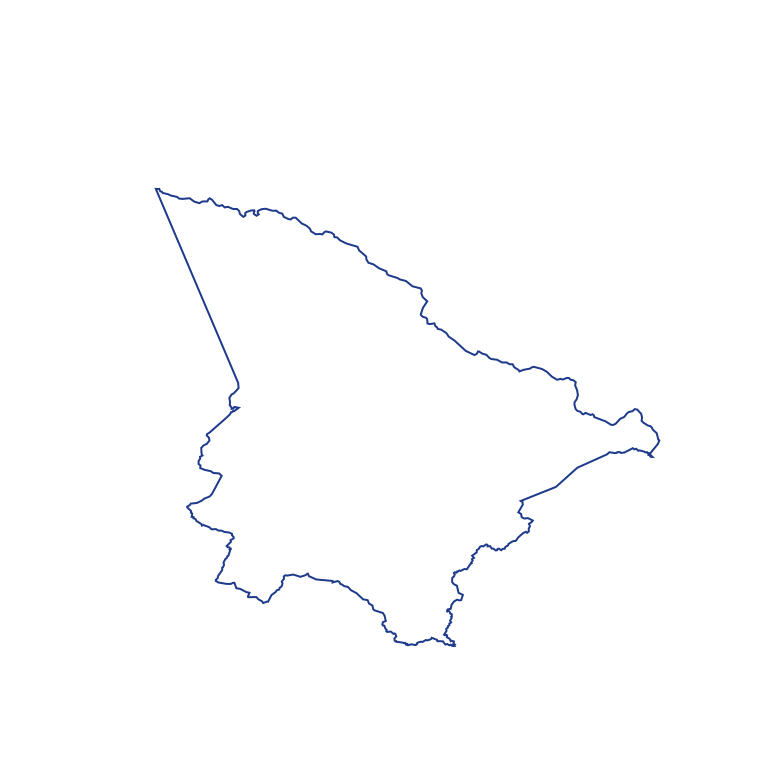 Malema, Nampula, Mozambique, rotated 67°
{"feature_id": "85939544B80247740523844", "entity_name": "Malema", "entity_type": "district", "adm_level": 2, "iso_a3": "MOZ", "parent_name": "Mozambique", "parent_adm1": "Nampula", "projection": "natural_earth1", "projection_center": [37.595, -14.735], "detail": "fine", "context": "isolated", "style": "outline", "palette": "blue", "viewbox_px": 768, "rotation_deg": 67, "n_neighbors": 0, "source": "geoboundaries", "source_scale": "gbopen_adm2", "svg_char_len": 6165}
<svg xmlns="http://www.w3.org/2000/svg" viewBox="0 0 768 768"><g transform="rotate(67 384 384)"><path d="M502.1,613.9L506.5,607.0L508.2,603.1L508.0,600.7L508.5,599.4L514.3,599.7L516.3,596.5L521.7,592.1L523.6,589.4L526.6,592.4L527.2,592.3L530.2,584.8L533.2,583.7L536.2,581.3L538.4,580.8L538.6,576.6L539.1,575.8L534.3,570.0L533.1,564.9L532.0,563.2L532.2,560.7L530.8,559.7L530.4,557.6L529.2,556.3L527.7,555.3L525.9,555.3L524.2,552.2L522.0,551.4L521.5,549.8L522.7,547.4L523.9,542.1L528.8,536.3L529.3,531.5L528.8,528.2L531.6,528.1L537.4,522.8L545.2,508.3L546.6,508.9L547.3,503.6L548.6,502.6L551.2,502.2L552.2,500.9L554.2,499.9L556.9,496.4L560.9,495.0L565.7,491.1L574.0,487.4L576.6,483.5L580.2,483.6L583.3,481.2L587.1,481.9L588.6,481.2L594.4,474.5L597.6,474.0L602.9,475.0L602.8,478.0L604.7,479.5L605.8,479.4L606.6,478.1L609.6,478.3L611.6,477.6L612.4,478.5L613.5,477.9L614.5,474.5L617.7,472.9L617.8,471.6L618.7,471.2L621.1,471.3L622.4,473.9L624.5,474.5L625.8,473.7L625.6,473.1L626.4,472.8L629.9,467.0L630.5,466.8L630.7,465.5L632.1,465.6L632.4,464.1L633.2,463.9L633.3,464.7L633.8,464.2L634.3,460.5L636.7,456.9L636.5,455.5L635.5,455.1L635.3,452.8L635.6,450.7L636.5,449.5L636.0,445.5L636.9,444.4L637.2,442.0L637.1,440.2L636.3,439.2L640.2,435.2L641.6,435.3L643.8,430.4L647.8,429.3L648.0,427.4L650.1,425.9L650.0,424.4L651.8,423.5L652.7,421.3L651.6,421.4L651.4,420.7L650.4,421.8L648.4,420.2L646.6,422.2L646.8,423.0L644.0,423.2L641.6,425.1L640.0,424.1L639.1,424.9L639.0,426.2L638.2,426.7L635.7,422.9L633.8,422.5L633.1,420.3L631.9,419.8L631.5,418.0L630.1,417.5L629.6,415.3L627.7,415.7L625.6,413.0L624.5,413.1L624.3,412.3L622.2,411.6L621.2,412.7L618.8,412.7L617.7,413.6L617.6,414.6L616.5,414.1L617.1,414.1L616.4,413.5L617.0,410.4L613.5,408.0L611.5,404.3L611.1,401.0L612.8,398.9L613.0,397.3L608.9,393.8L605.3,397.0L598.2,395.7L595.6,397.9L593.0,398.7L589.2,397.0L588.4,394.6L586.9,393.3L585.3,393.5L585.0,392.3L586.0,390.8L585.1,389.8L585.5,388.9L585.1,387.4L586.0,386.5L585.7,382.4L586.9,380.1L583.6,375.0L583.2,373.3L582.4,373.5L581.3,371.5L579.6,371.5L579.2,369.1L576.5,370.0L575.2,364.5L573.2,363.5L572.8,361.2L571.4,359.4L571.2,357.6L572.3,356.1L571.6,353.0L571.9,352.1L572.7,351.6L573.9,352.1L574.8,349.6L577.6,349.2L578.4,347.5L580.7,346.4L581.2,344.8L580.3,344.1L580.3,342.7L582.8,341.1L582.1,339.2L582.8,337.3L581.4,335.9L581.0,332.8L579.9,331.9L579.4,329.2L579.1,326.6L579.9,324.1L577.5,320.0L575.7,314.4L575.4,311.2L576.9,310.4L576.3,308.3L573.7,307.3L571.9,305.2L569.3,305.2L568.9,302.3L567.8,300.4L563.6,304.0L562.9,306.9L561.9,308.2L560.4,309.3L557.2,308.6L554.6,310.5L549.3,303.4L546.8,302.6L545.1,303.8L545.9,265.9L536.6,238.7L535.9,206.2L534.9,203.1L538.0,198.1L538.3,196.6L537.9,195.9L539.0,193.3L540.1,192.8L541.0,189.4L540.3,180.0L541.9,179.2L542.2,177.1L544.8,176.0L545.0,174.6L548.0,170.8L549.0,170.3L549.5,168.5L550.4,168.4L550.9,167.5L552.5,168.4L553.4,167.3L555.2,167.0L556.0,165.4L553.1,166.6L551.7,165.7L546.1,155.1L543.4,152.6L542.5,153.2L535.8,152.2L530.8,154.5L528.9,154.4L526.7,155.4L525.7,157.0L521.2,160.2L518.6,161.3L515.8,159.6L512.0,158.9L506.5,160.9L505.1,163.0L506.1,165.9L505.4,169.5L506.0,171.9L508.2,175.8L508.3,180.1L511.2,186.5L511.2,189.1L510.3,190.9L504.9,194.7L496.7,203.3L494.6,203.1L493.4,203.8L493.2,206.0L489.3,209.8L489.8,212.3L489.3,213.0L486.3,214.1L484.4,216.4L482.0,217.4L477.5,216.8L475.4,215.8L473.2,212.5L470.1,209.9L465.3,208.7L460.0,208.6L457.2,206.8L454.5,208.2L452.8,210.7L450.8,211.4L449.9,213.1L449.7,217.7L448.2,219.6L447.8,222.9L443.0,226.5L436.3,229.4L431.9,232.7L426.7,239.4L426.4,241.6L426.9,243.5L425.5,249.8L425.3,254.4L423.6,254.7L419.6,257.5L416.1,257.9L414.9,260.7L412.1,262.7L410.3,266.9L405.8,270.5L403.1,275.2L401.5,276.7L397.2,278.3L394.5,281.6L391.2,283.9L390.8,284.8L392.4,286.7L392.7,289.4L385.5,295.8L371.6,302.1L365.7,305.9L361.5,306.7L356.2,310.2L354.4,312.9L352.7,313.0L350.9,314.1L347.9,313.9L346.7,318.5L345.3,320.3L341.0,318.9L339.4,319.5L337.2,322.1L335.4,322.9L334.4,323.0L329.1,318.4L324.8,311.9L319.1,314.4L315.0,314.2L312.9,312.6L310.3,312.9L305.2,319.6L297.7,323.6L294.0,328.5L291.7,330.2L285.8,337.1L284.2,338.2L281.1,337.9L275.6,343.3L269.8,346.9L266.3,351.0L262.3,351.5L259.7,350.6L251.3,354.7L247.3,354.8L239.8,363.9L234.5,368.4L230.8,369.8L229.4,372.3L227.0,371.7L224.1,373.3L220.9,377.8L220.8,379.2L222.2,382.4L220.9,384.1L219.5,388.3L215.0,391.5L212.1,391.5L208.0,393.5L204.1,397.0L196.4,400.3L195.3,402.9L196.1,405.5L194.8,407.6L191.0,410.9L187.4,411.1L184.9,414.2L182.5,415.2L180.9,419.0L176.4,424.5L175.3,428.2L175.4,432.4L177.0,433.4L178.9,433.0L179.3,435.6L176.7,437.3L175.5,437.0L174.2,435.6L173.4,435.6L172.3,438.7L172.0,443.2L172.5,445.0L174.8,445.8L175.2,448.1L171.5,450.1L168.1,449.8L165.5,450.9L164.0,454.5L160.0,458.3L159.2,461.6L156.1,463.1L155.8,466.1L153.7,468.5L147.2,470.3L145.0,471.9L145.3,473.4L146.9,475.2L145.0,479.9L145.4,483.3L142.1,487.3L137.1,490.3L134.9,497.1L133.3,500.1L130.8,501.5L127.1,506.8L125.1,508.4L121.6,513.1L120.2,513.4L119.2,514.7L116.6,514.7L115.3,517.8L326.1,517.8L331.0,519.5L333.9,526.0L334.1,528.4L336.4,531.8L340.6,532.8L343.2,534.3L346.5,533.4L347.3,534.0L347.8,532.4L346.7,530.8L349.1,527.1L350.4,532.4L349.9,533.4L350.5,534.3L350.2,535.8L351.6,537.4L353.3,541.7L360.6,563.8L361.0,566.6L362.2,567.3L365.0,566.1L367.9,566.8L369.9,570.6L370.0,574.0L371.4,577.2L377.0,579.2L378.9,579.0L379.1,581.8L380.9,582.4L382.5,584.8L385.2,585.9L387.3,584.8L389.6,586.0L392.9,582.7L396.6,577.5L399.2,575.9L401.9,570.7L405.1,569.3L418.0,585.3L419.4,588.4L419.3,594.0L420.2,597.7L420.4,602.8L418.6,608.6L419.6,610.1L420.0,613.1L420.9,613.3L425.6,611.2L427.0,612.0L427.9,611.3L429.3,611.6L431.1,613.0L432.1,611.3L433.2,611.9L434.6,610.3L436.8,610.2L441.6,606.8L443.2,606.9L443.2,605.4L447.5,600.8L450.4,599.5L451.9,595.4L454.2,593.8L455.4,590.9L457.8,588.7L460.4,584.3L462.6,582.5L463.8,583.0L466.1,582.2L467.4,582.8L467.8,586.3L469.5,586.6L471.7,592.2L473.1,591.7L474.0,590.1L475.5,590.1L476.0,588.6L476.1,590.8L477.2,590.8L481.4,594.5L481.4,595.5L482.9,597.0L483.1,598.4L485.7,601.5L487.9,601.9L489.6,603.6L489.8,604.6L492.1,605.7L496.0,611.9L497.8,613.0L498.6,615.3L499.6,615.8L502.1,613.9Z" fill="none" stroke="#1e3a8a" stroke-width="2"/></g></svg>